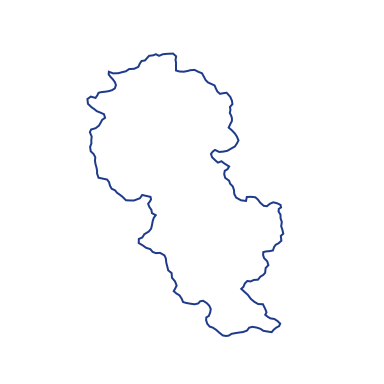 Desterro de Entre Rios, Minas Gerais, Brazil, rotated 293°
{"feature_id": "56859067B72076234647502", "entity_name": "Desterro de Entre Rios", "entity_type": "district", "adm_level": 2, "iso_a3": "BRA", "parent_name": "Brazil", "parent_adm1": "Minas Gerais", "projection": "equal_earth", "projection_center": [-44.277, -20.636], "detail": "fine", "context": "isolated", "style": "outline", "palette": "blue", "viewbox_px": 384, "rotation_deg": 293, "n_neighbors": 0, "source": "geoboundaries", "source_scale": "gbopen_adm2", "svg_char_len": 3371}
<svg xmlns="http://www.w3.org/2000/svg" viewBox="0 0 384 384"><g transform="rotate(293 192 192)"><path d="M270.2,68.5L267.6,69.4L266.2,71.9L264.8,75.1L263.0,78.1L260.7,80.2L257.3,80.5L254.6,78.7L252.5,76.2L250.5,73.1L248.6,69.6L246.8,67.2L244.1,67.1L240.9,66.4L240.3,61.6L236.7,59.4L232.5,61.8L230.8,66.3L230.1,69.7L229.2,72.8L229.3,76.8L229.2,80.6L226.3,83.0L223.3,81.1L220.7,80.9L216.7,80.4L213.0,78.3L210.1,74.7L207.2,74.6L203.8,78.0L200.0,79.2L197.4,80.4L193.6,80.6L189.9,82.9L188.5,86.6L186.2,89.4L183.0,90.4L180.2,92.1L177.2,94.5L174.7,96.2L171.9,97.4L168.6,100.4L169.5,104.9L170.3,109.0L168.7,111.7L165.6,114.2L163.6,116.8L163.5,120.4L162.0,123.3L161.3,126.6L160.5,129.7L158.6,134.5L160.2,138.8L161.5,141.9L163.7,144.2L165.9,146.5L169.8,147.3L170.6,151.9L171.3,155.7L169.1,157.2L166.7,156.9L164.0,156.2L161.4,158.8L159.7,161.6L156.9,163.4L156.5,167.7L153.3,166.9L149.9,167.2L145.8,168.1L142.3,168.7L138.6,167.6L134.5,164.6L130.7,164.0L128.0,161.4L124.2,162.9L123.6,167.6L122.7,171.4L123.1,176.0L121.5,179.1L121.6,182.6L123.5,186.4L122.9,191.4L120.6,193.9L117.1,195.8L113.8,198.3L110.6,200.7L109.4,204.9L105.2,207.1L103.1,211.3L99.9,214.4L96.1,214.2L93.6,213.9L92.5,217.3L92.0,220.8L89.9,224.0L87.2,226.8L87.6,229.9L88.6,234.4L89.7,238.4L91.9,241.3L94.6,242.2L96.2,244.7L95.5,249.0L94.1,252.3L91.6,255.0L88.2,255.8L84.4,255.9L82.2,254.2L79.6,255.0L76.7,257.5L75.0,260.9L75.3,264.2L74.5,268.3L73.2,272.0L72.0,276.4L72.8,279.7L74.3,282.1L76.9,283.8L79.0,287.0L81.0,290.2L83.1,293.8L86.0,296.8L89.4,297.6L91.5,300.3L92.5,304.6L92.8,308.6L92.1,311.9L93.0,315.7L94.1,320.1L97.1,321.0L100.0,322.5L102.6,324.6L105.3,324.6L106.6,321.2L107.3,317.4L106.3,313.6L106.7,310.5L107.6,307.4L110.3,307.6L112.5,305.6L114.5,303.3L116.4,301.1L114.7,296.7L115.3,292.1L116.6,287.9L119.1,283.7L120.9,278.5L122.1,275.2L124.8,276.4L128.5,276.4L131.7,277.7L132.6,280.9L135.2,283.3L137.1,287.0L140.8,288.0L143.5,290.0L146.2,290.9L150.8,289.5L154.5,290.9L157.6,288.3L159.3,284.2L161.7,282.1L164.5,281.1L166.2,283.3L167.8,286.4L169.8,289.3L173.8,289.1L176.2,289.7L178.6,291.7L182.0,293.3L186.3,290.9L189.3,292.3L192.5,290.0L195.3,287.5L199.5,286.4L202.4,283.8L205.6,282.4L207.9,279.3L210.4,278.5L212.6,280.0L214.7,278.5L214.9,275.2L214.3,270.9L211.6,268.3L208.2,266.5L207.3,263.4L208.8,259.0L210.9,255.4L211.9,252.3L210.5,247.9L208.8,244.4L204.9,245.2L203.5,240.4L204.1,234.8L206.8,231.6L210.2,229.9L213.1,227.3L214.5,223.9L216.9,221.7L218.0,217.0L221.1,214.6L224.3,213.9L226.9,215.8L230.0,216.2L230.9,210.6L231.8,207.1L229.2,204.4L230.2,201.2L231.8,197.0L234.4,194.6L237.3,195.3L239.7,196.7L239.5,201.4L241.4,205.0L243.8,208.5L247.7,211.4L250.7,213.7L254.4,214.4L257.7,214.6L260.6,211.6L262.6,208.6L264.5,204.2L265.6,200.6L269.5,200.7L272.8,201.0L275.2,200.1L277.2,198.6L279.6,195.9L282.6,195.3L285.2,193.7L288.6,194.9L291.5,193.2L294.5,190.1L296.9,185.1L295.3,182.4L293.3,179.4L294.4,176.1L296.7,173.4L298.9,171.2L299.0,167.7L299.1,163.9L300.3,160.9L302.6,158.1L305.2,154.8L305.1,151.0L305.4,146.7L303.6,143.1L301.7,140.7L299.5,137.4L298.0,133.3L297.6,129.8L301.1,128.3L304.5,126.9L307.2,125.2L310.7,124.4L312.0,120.5L310.7,117.7L309.3,114.8L307.4,111.3L304.5,108.5L304.7,104.9L302.6,102.8L300.6,99.3L297.8,98.3L294.7,97.3L292.9,94.4L290.1,93.8L286.2,93.7L282.8,90.6L280.6,86.1L277.2,83.9L275.2,81.1L272.6,77.8L270.4,73.1L270.2,68.5Z" fill="none" stroke="#1e3a8a" stroke-width="2"/></g></svg>